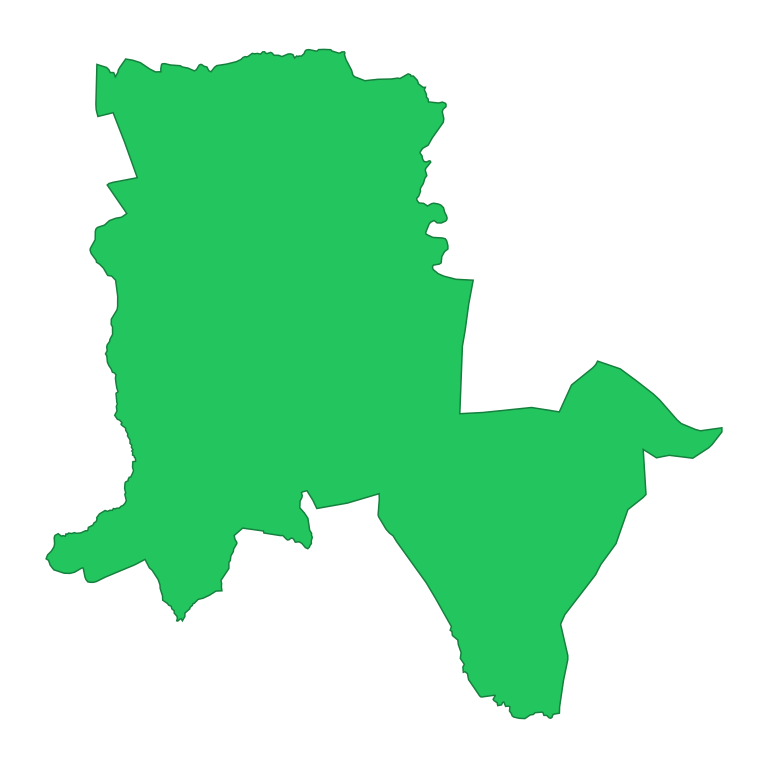 Chu Se, Gia Lai, Vietnam
{"feature_id": "81297802B12572198720361", "entity_name": "Chu Se", "entity_type": "district", "adm_level": 2, "iso_a3": "VNM", "parent_name": "Vietnam", "parent_adm1": "Gia Lai", "projection": "albers", "projection_center": [108.095, 13.698], "detail": "fine", "context": "isolated", "style": "filled", "palette": "green", "viewbox_px": 768, "rotation_deg": 0, "n_neighbors": 0, "source": "geoboundaries", "source_scale": "gbopen_adm2", "svg_char_len": 5976}
<svg xmlns="http://www.w3.org/2000/svg" viewBox="0 0 768 768"><path d="M46.1,558.8L48.6,560.4L50.2,565.2L53.8,569.8L64.1,573.2L69.8,573.4L74.6,572.2L81.8,568.0L83.2,568.1L85.0,577.2L86.0,579.6L87.9,581.9L90.5,582.3L93.5,582.3L96.5,581.5L105.1,577.2L135.0,564.7L145.0,559.4L149.4,567.9L152.1,570.2L158.2,579.6L160.0,585.0L160.2,588.6L162.5,595.8L162.7,600.2L167.4,603.4L168.7,605.2L171.2,606.2L171.8,608.8L174.2,610.8L174.2,613.1L177.0,616.3L177.4,618.2L176.7,620.8L177.8,621.0L180.3,618.9L181.2,618.8L182.4,620.8L184.9,616.5L184.9,613.1L189.8,608.8L190.1,607.3L192.3,605.5L193.0,603.6L194.4,603.2L198.1,599.4L203.1,598.2L209.8,595.0L215.9,591.1L221.9,590.8L221.4,587.0L221.6,583.2L220.9,580.5L228.9,568.5L228.9,562.4L230.3,560.5L230.9,555.8L233.3,551.7L233.7,548.9L236.8,543.7L236.8,542.3L235.0,539.4L234.2,535.5L242.7,528.1L263.4,531.0L263.9,533.0L280.5,535.6L282.8,535.5L286.6,539.4L287.7,540.0L289.1,539.7L290.9,538.2L292.5,538.3L293.6,539.2L295.3,542.2L299.2,541.8L302.0,543.5L305.4,547.6L307.8,548.7L309.6,546.9L309.8,545.7L311.4,543.6L311.3,540.7L312.3,537.4L311.5,535.1L311.6,533.3L309.7,530.3L307.9,518.3L304.3,512.9L299.8,507.8L300.1,501.1L302.0,497.3L302.2,495.4L301.5,492.9L302.2,492.0L306.9,490.7L312.9,500.3L316.8,508.5L347.4,503.1L379.1,493.7L379.3,499.3L378.1,514.9L378.7,516.9L386.1,529.3L389.6,533.2L393.0,535.7L396.7,541.7L426.2,582.7L435.5,598.3L451.4,626.6L450.2,630.3L451.9,631.4L452.4,635.5L457.8,640.0L458.3,644.4L461.1,652.6L460.3,658.4L464.3,664.3L462.9,667.0L463.3,672.3L464.9,671.7L467.4,673.5L468.6,679.7L479.6,695.8L480.7,696.8L481.7,697.0L494.8,695.2L495.2,695.7L493.1,699.3L493.9,700.5L497.2,702.8L497.7,705.6L501.5,704.9L502.6,702.4L503.9,702.1L505.6,706.4L508.7,706.1L509.9,706.8L509.5,711.0L511.4,713.7L512.1,715.7L513.6,717.0L519.2,718.3L524.9,718.6L530.3,714.9L533.3,714.5L535.1,712.7L542.2,712.1L543.1,712.9L543.9,715.4L546.7,715.4L549.1,717.8L550.7,718.2L551.9,717.5L552.8,715.0L553.7,714.2L559.4,713.2L559.6,706.9L563.5,680.4L567.8,659.6L567.8,655.5L560.6,624.2L564.8,614.7L595.6,574.7L600.8,564.5L616.0,543.7L627.9,509.6L642.9,497.7L646.0,494.5L643.2,449.4L656.5,457.8L669.2,455.3L692.8,458.2L708.8,447.7L712.3,444.3L721.9,431.9L721.9,427.8L700.4,430.8L695.5,429.5L681.3,423.6L677.2,420.0L659.8,400.1L653.3,394.0L636.4,380.8L620.3,368.9L597.6,361.1L595.7,364.7L592.8,367.8L571.5,385.0L559.3,411.9L531.5,407.5L482.9,412.5L459.8,413.7L462.4,346.3L465.2,330.0L468.7,304.2L473.2,280.2L456.0,279.3L444.0,276.2L438.2,273.7L433.5,269.8L432.6,268.4L432.6,266.4L433.5,265.1L439.3,264.1L441.2,262.8L441.8,256.6L444.5,251.7L447.9,249.0L447.9,245.7L446.7,240.9L445.3,238.8L442.6,238.0L432.8,237.4L426.2,234.3L425.7,232.5L429.0,224.3L430.5,222.3L434.1,220.5L437.1,222.9L441.3,223.0L445.7,221.0L446.7,219.8L447.1,218.2L446.5,215.8L444.7,212.3L443.5,207.7L441.0,205.2L438.3,204.0L433.6,203.2L431.5,203.7L427.5,206.0L423.7,203.4L418.9,202.9L416.8,199.9L416.8,198.2L418.7,196.2L420.5,191.3L420.2,189.7L420.7,187.8L423.3,183.6L424.9,178.2L426.8,175.7L425.3,170.4L425.7,168.5L430.7,162.2L430.4,161.2L429.2,160.8L426.6,162.0L424.2,161.6L422.7,159.3L422.0,155.7L420.2,153.3L420.0,152.3L422.6,148.4L428.2,145.1L432.4,137.7L443.3,122.3L443.8,118.7L442.3,111.8L443.0,109.4L446.0,106.6L446.0,104.2L445.4,103.3L442.4,102.1L438.6,103.0L428.4,101.9L428.1,98.9L426.5,97.2L426.4,94.3L424.3,89.8L425.4,87.3L423.1,87.4L418.5,83.9L417.3,80.3L413.4,76.1L411.0,76.0L410.5,74.7L408.1,73.9L400.0,78.5L397.6,78.1L391.2,79.0L378.0,79.3L364.9,80.7L354.5,76.7L352.8,74.8L351.6,70.3L346.0,59.6L344.5,54.7L344.9,52.8L344.4,51.9L341.9,51.9L339.9,53.1L338.8,53.1L331.9,51.0L330.8,49.7L323.7,49.4L318.6,49.6L316.9,51.2L308.9,49.6L306.3,50.0L305.3,50.8L304.0,53.7L301.4,56.1L299.0,56.0L298.2,56.6L296.7,56.0L294.6,58.0L292.9,54.6L290.7,53.9L288.1,54.0L281.9,56.6L278.7,55.3L274.1,55.3L272.0,53.0L270.6,52.4L267.0,53.6L265.4,53.0L264.7,51.8L262.8,51.8L260.4,54.2L257.6,53.4L254.8,53.8L252.2,53.4L248.1,56.4L246.7,56.9L245.2,56.6L243.0,57.5L241.1,59.4L236.3,61.7L226.5,64.1L216.8,65.6L214.6,67.2L211.0,71.8L208.8,70.7L206.9,67.0L204.2,66.3L201.6,64.5L200.3,64.5L199.2,65.1L196.5,69.6L194.3,70.9L188.1,68.1L182.4,67.0L180.2,65.7L170.6,65.0L164.7,63.6L162.4,63.8L161.6,64.4L160.8,68.6L160.9,71.8L155.4,71.9L149.7,69.0L140.3,62.6L132.7,60.2L125.7,59.0L119.8,67.4L118.3,70.1L117.9,72.4L115.3,76.8L113.7,72.6L110.2,72.5L108.9,69.8L106.6,67.5L96.9,64.4L95.9,104.2L96.2,109.7L97.9,116.5L113.1,112.7L124.5,141.9L137.3,177.7L113.1,182.3L109.0,183.5L107.2,185.0L126.8,213.5L121.6,217.2L115.6,218.3L109.4,220.6L104.5,225.1L97.5,227.4L95.9,229.1L95.3,231.4L95.2,239.6L90.3,248.5L90.1,250.2L91.3,253.7L96.1,260.2L96.5,262.2L99.7,264.3L103.4,268.1L107.7,275.4L111.7,276.1L115.6,280.2L117.7,296.3L117.6,306.9L117.0,309.8L111.3,319.2L111.2,324.6L112.5,326.8L112.6,334.4L110.0,339.2L109.6,341.5L107.3,344.7L106.7,346.9L107.2,350.7L105.5,353.8L106.8,356.0L107.4,362.2L108.8,365.4L111.2,369.0L112.4,372.2L114.5,372.9L116.0,374.9L115.4,378.1L115.9,382.4L116.8,388.1L118.1,391.8L116.0,393.3L116.8,402.2L117.4,403.8L116.3,406.5L117.0,410.9L114.7,415.3L117.4,419.3L119.6,420.1L121.8,422.5L121.9,423.0L121.0,424.1L121.6,425.1L125.6,428.1L125.7,430.3L127.8,433.8L127.5,435.8L130.0,439.9L130.0,443.4L131.7,445.0L131.4,447.3L133.0,449.8L131.8,451.0L132.8,452.4L132.5,455.0L134.2,456.0L134.5,457.5L135.3,457.9L135.7,461.0L135.5,461.4L132.9,461.6L132.5,466.9L133.5,470.6L132.9,472.5L130.7,477.1L129.2,477.3L128.2,479.3L128.1,480.7L125.6,482.0L125.1,482.8L124.6,488.4L125.7,493.0L124.8,494.2L126.3,500.5L125.0,503.4L122.9,505.5L120.9,506.4L119.3,508.1L116.7,508.2L115.2,508.9L113.4,508.5L112.4,510.3L109.8,510.3L107.6,511.4L105.1,510.5L99.5,513.9L96.8,517.5L96.9,519.6L96.1,521.6L94.1,522.8L92.9,525.1L88.4,527.4L87.9,530.0L87.1,530.9L85.6,530.7L81.0,532.8L78.5,533.2L75.9,533.2L74.4,532.6L71.9,533.5L68.5,533.1L67.4,534.2L66.0,533.9L65.3,536.2L63.3,535.7L61.3,536.1L58.2,533.7L55.0,535.4L54.2,537.5L54.6,544.0L53.9,547.0L51.3,551.2L47.6,554.9L46.1,558.8Z" fill="#22c55e" stroke="#15803d" stroke-width="1.5"/></svg>